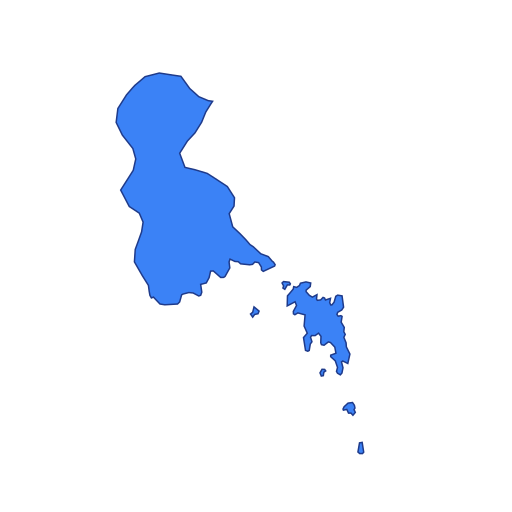 the district of Sonchon, P'yŏngan-bukto, North Korea, rotated 302°
{"feature_id": "82179303B49493469146837", "entity_name": "Sonchon", "entity_type": "district", "adm_level": 2, "iso_a3": "PRK", "parent_name": "North Korea", "parent_adm1": "P'yŏngan-bukto", "projection": "orthographic", "projection_center": [124.88, 39.674], "detail": "fine", "context": "isolated", "style": "filled", "palette": "blue", "viewbox_px": 512, "rotation_deg": 302, "n_neighbors": 0, "source": "geoboundaries", "source_scale": "gbopen_adm2", "svg_char_len": 2901}
<svg xmlns="http://www.w3.org/2000/svg" viewBox="0 0 512 512"><g transform="rotate(302 256 256)"><path d="M307.9,60.7L295.2,66.6L287.7,78.6L281.9,94.6L274.6,102.6L263.6,106.5L251.0,106.4L240.2,106.3L230.8,122.3L230.5,134.3L224.9,142.3L215.8,146.2L206.7,148.2L197.6,150.1L186.6,156.0L179.1,170.0L174.1,180.3L169.5,184.1L166.4,186.9L165.0,189.5L166.8,190.8L164.4,200.0L166.3,204.5L173.7,214.9L176.6,215.6L183.7,213.5L185.2,214.4L189.4,218.4L191.3,222.2L191.8,228.7L193.4,229.9L196.6,229.2L202.6,224.1L206.8,228.1L212.8,227.7L213.1,227.6L219.1,225.5L220.7,227.7L219.1,237.4L220.7,239.9L222.3,240.6L232.0,240.1L236.7,236.3L239.6,235.6L240.2,241.0L241.8,244.0L241.2,247.1L245.2,255.3L247.1,257.5L250.3,258.2L251.8,261.7L249.5,266.4L247.1,268.0L246.8,270.3L252.4,273.9L257.3,277.1L258.8,276.8L260.1,274.0L260.1,272.8L262.0,266.8L260.4,258.8L262.4,248.8L262.5,244.8L264.4,238.8L266.4,230.8L268.4,220.8L277.7,210.8L286.7,210.9L294.0,206.9L299.7,194.9L300.0,182.9L300.2,170.9L296.9,158.8L293.5,148.8L302.7,136.8L317.2,136.9L328.0,139.0L340.6,139.0L351.5,137.1L360.6,137.1L364.2,137.2L362.4,133.1L360.8,123.1L362.9,111.1L368.6,97.1L365.1,89.1L359.9,77.0L349.3,66.9L336.7,62.9L333.6,62.3L324.1,60.8L307.9,60.7ZM241.9,304.3L238.9,303.8L230.2,308.9L237.9,313.4L235.5,316.6L228.8,317.0L226.8,318.4L226.8,320.1L229.9,321.6L232.1,328.8L222.1,333.9L217.7,340.4L212.0,339.5L202.2,348.0L202.7,350.4L204.1,351.2L204.8,350.9L210.1,348.7L212.9,348.9L216.0,345.3L218.0,345.3L219.8,348.3L223.7,349.9L222.3,353.7L216.7,356.9L215.5,358.5L216.4,361.0L221.5,362.9L222.1,365.0L220.5,371.1L215.9,375.3L211.5,371.9L210.2,372.7L209.1,378.8L204.7,384.2L200.8,385.4L199.8,387.2L199.9,390.5L202.3,390.9L207.3,389.0L211.5,384.6L212.9,385.2L213.1,386.8L213.5,390.8L218.9,388.9L222.6,387.6L226.8,380.8L230.1,378.4L233.6,373.6L236.8,373.2L238.3,370.6L242.2,368.7L245.0,363.3L250.4,361.0L250.4,359.6L248.5,357.6L249.3,355.6L251.5,355.1L255.6,357.3L259.0,357.4L267.8,350.1L266.1,346.0L264.1,345.0L262.7,345.4L258.2,346.7L254.8,346.3L254.1,345.3L255.5,343.2L259.6,341.6L255.5,338.2L256.7,336.4L256.4,334.8L253.0,334.1L250.9,331.5L251.6,330.1L255.5,328.2L251.0,325.6L250.9,322.1L252.3,317.4L253.6,316.6L258.8,318.2L262.1,316.7L260.5,312.1L256.5,308.1L254.0,308.5L250.9,307.1L250.0,304.2L247.7,305.1L241.9,304.3ZM181.5,418.6L182.9,415.5L180.0,412.0L174.9,410.6L172.3,410.9L171.6,411.8L174.0,414.3L171.8,417.7L173.1,419.8L172.3,422.6L176.0,423.1L177.7,420.5L179.5,420.5L181.5,418.6ZM154.2,444.8L152.4,442.8L143.8,446.3L143.4,448.6L144.9,451.0L146.7,451.3L154.2,444.8ZM211.8,281.3L206.5,283.0L203.9,282.1L202.4,285.6L205.7,285.8L208.1,288.3L210.9,287.8L211.8,281.3ZM248.9,292.9L246.9,292.4L245.2,295.3L243.1,295.8L243.0,298.1L248.1,297.9L249.3,300.0L250.6,299.9L251.4,298.1L248.9,292.9ZM196.2,374.3L194.9,372.0L190.8,372.2L188.8,375.0L190.2,376.5L193.4,375.1L195.5,376.0L196.2,374.3Z" fill="#3b82f6" stroke="#1e3a8a" stroke-width="1.5"/></g></svg>